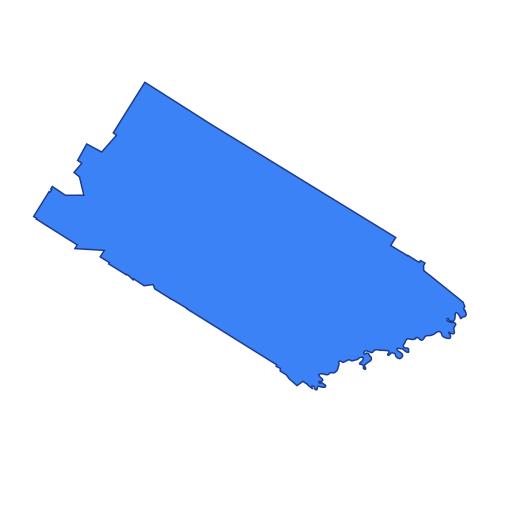 the district of Reynosa, Tamaulipas, Mexico, rotated 122°
{"feature_id": "50627088B72181114245692", "entity_name": "Reynosa", "entity_type": "district", "adm_level": 2, "iso_a3": "MEX", "parent_name": "Mexico", "parent_adm1": "Tamaulipas", "projection": "equal_earth", "projection_center": [-98.326, 25.837], "detail": "fine", "context": "isolated", "style": "filled", "palette": "blue", "viewbox_px": 512, "rotation_deg": 122, "n_neighbors": 0, "source": "geoboundaries", "source_scale": "gbopen_adm2", "svg_char_len": 5899}
<svg xmlns="http://www.w3.org/2000/svg" viewBox="0 0 512 512"><g transform="rotate(122 256 256)"><path d="M167.8,325.9L168.2,362.8L167.6,439.1L167.6,442.3L227.2,442.3L227.6,438.3L249.6,442.0L250.3,452.5L250.7,458.9L262.0,458.3L269.5,457.9L269.6,452.9L281.6,454.6L282.4,447.7L295.7,434.2L305.5,449.8L305.0,465.6L308.0,465.5L307.9,464.5L311.1,464.4L311.1,465.6L340.3,465.5L340.3,462.0L341.1,462.0L341.2,447.1L341.3,413.5L345.7,413.5L331.6,387.6L339.3,387.7L339.3,376.8L340.8,376.8L340.7,369.9L340.7,356.1L340.1,356.1L340.2,352.9L341.4,347.6L340.2,347.6L340.5,335.1L334.7,328.1L337.5,324.5L337.5,310.4L337.4,306.6L337.7,306.6L337.3,303.6L337.0,287.3L337.4,287.1L337.4,282.4L337.5,282.3L337.4,282.1L337.4,277.6L337.3,180.6L338.9,180.5L338.4,175.7L338.7,175.6L340.7,174.6L340.8,174.0L340.7,167.7L341.4,165.5L341.8,164.6L342.2,163.8L342.5,162.9L344.2,152.5L337.5,149.8L337.5,144.4L337.8,144.4L338.6,138.3L338.5,138.0L337.3,139.4L336.8,139.6L336.5,139.6L336.1,139.2L335.8,138.4L335.9,137.9L336.0,137.6L336.5,137.0L337.2,136.3L337.6,135.6L337.7,135.4L337.8,134.8L337.6,134.1L337.4,133.8L337.0,133.6L336.3,133.6L335.3,134.0L334.6,134.5L334.1,134.5L333.6,134.3L333.4,134.2L333.1,133.6L332.6,131.5L331.9,129.8L331.4,129.0L330.3,127.8L330.1,127.8L329.7,127.9L329.3,128.1L329.1,128.3L328.8,129.0L328.7,129.7L328.7,131.7L328.5,132.7L328.6,133.0L328.9,133.6L329.8,134.1L330.0,134.3L330.1,134.9L330.1,135.3L330.0,135.6L329.6,136.0L329.0,136.0L328.7,135.7L328.0,134.5L327.5,134.0L327.2,133.8L326.6,133.6L326.2,133.5L325.9,133.6L325.2,134.4L325.0,135.0L324.8,137.0L324.1,138.9L323.8,139.6L323.3,139.7L322.6,139.4L321.8,138.9L321.3,138.4L320.8,137.4L319.6,133.9L319.1,132.9L318.9,132.6L318.6,132.3L318.0,131.8L316.1,131.4L315.5,131.1L315.0,130.3L314.7,129.5L314.2,128.5L313.5,127.8L312.6,127.2L311.6,126.9L310.6,126.7L309.5,126.7L308.6,126.8L306.5,127.5L304.5,127.9L303.6,128.4L302.6,129.3L302.3,129.5L301.5,129.7L301.2,129.6L300.9,129.5L300.4,128.8L300.2,128.1L300.2,126.3L300.1,125.9L299.5,125.3L295.5,122.9L294.8,122.3L294.5,121.6L294.4,120.3L294.2,119.6L294.1,119.2L293.7,118.6L293.3,118.2L291.5,116.6L290.2,115.3L289.7,115.0L287.5,114.3L287.0,114.0L286.5,113.5L286.0,112.8L285.5,112.2L285.2,111.8L285.2,111.6L285.3,111.3L285.8,110.9L287.7,110.3L289.0,110.4L290.6,111.0L291.2,111.2L292.1,111.2L292.5,111.0L292.6,110.7L292.6,110.4L292.0,109.2L291.9,108.1L291.9,107.3L292.1,106.8L292.7,106.2L293.9,105.8L294.2,105.6L294.4,105.3L294.5,104.7L294.5,104.1L294.4,103.6L294.2,103.3L293.5,103.3L293.0,103.5L292.7,104.1L292.2,105.2L291.9,105.5L291.5,105.8L290.9,106.0L290.5,106.0L289.8,105.8L287.0,104.7L284.2,103.4L283.6,103.3L283.0,103.3L282.4,103.4L281.9,103.7L281.4,104.1L280.7,105.0L280.6,105.3L280.5,106.4L280.4,106.8L279.4,108.3L279.3,108.7L279.2,109.2L279.4,110.0L279.6,110.5L279.9,110.9L280.2,111.2L280.5,111.4L281.2,111.4L281.6,111.6L281.7,112.2L281.6,112.7L281.2,113.3L280.7,113.5L279.2,113.4L278.5,113.0L278.1,112.4L277.7,111.6L277.4,109.9L277.0,108.4L277.0,107.7L276.8,107.0L276.3,106.4L275.6,106.0L275.3,106.0L274.3,105.9L273.4,105.7L272.1,104.7L271.9,104.4L271.3,103.5L270.7,102.4L270.5,101.2L270.3,100.9L268.9,98.7L266.4,94.0L266.3,93.5L266.4,93.1L266.5,92.8L266.9,92.5L267.2,92.3L267.7,92.2L269.1,92.3L269.6,92.2L270.0,91.9L270.1,91.5L270.1,91.2L269.7,90.7L269.3,90.5L268.4,90.3L267.5,90.3L267.0,90.1L266.6,89.8L266.0,89.2L265.5,88.1L265.2,87.1L265.2,86.7L265.3,86.3L265.5,85.9L266.2,85.3L266.7,84.6L267.2,83.6L267.4,82.7L267.4,81.6L267.3,81.0L267.2,80.4L266.7,79.5L266.4,79.3L265.8,79.0L264.6,78.7L263.2,78.6L262.5,79.0L262.2,79.3L261.6,80.3L261.4,81.3L261.2,82.0L261.2,83.1L261.2,85.8L260.9,86.5L260.7,86.7L260.2,87.1L259.8,87.2L259.5,87.2L259.3,87.0L258.5,85.5L257.4,83.1L257.2,81.9L257.3,81.3L257.7,78.9L257.7,77.7L257.6,77.3L257.2,76.0L257.0,75.8L256.7,75.7L256.3,75.8L255.8,76.1L255.0,76.9L254.1,77.3L253.8,77.8L253.8,78.7L254.7,80.2L254.9,80.8L255.0,81.3L254.9,82.4L254.8,82.8L254.6,83.2L254.1,83.6L253.3,83.8L250.7,83.7L249.6,84.0L247.5,84.2L246.9,84.1L246.2,83.6L245.7,83.2L245.4,82.7L244.3,79.9L244.0,79.3L243.4,78.4L242.6,77.5L241.5,76.8L241.2,76.8L240.6,77.2L240.3,77.1L240.0,76.5L239.7,75.9L239.5,75.5L239.5,74.7L239.6,73.7L240.0,72.5L240.0,71.8L239.8,71.1L239.5,70.9L238.8,70.3L237.9,70.0L236.5,69.9L235.5,70.0L235.0,70.0L234.6,69.9L233.8,69.5L232.9,68.7L231.5,66.6L230.6,65.6L230.0,65.0L228.1,63.7L224.0,61.9L223.7,61.6L223.0,60.7L222.8,60.0L222.8,59.6L223.0,58.4L223.8,57.2L224.6,56.2L224.9,55.8L225.0,55.5L225.2,54.6L225.1,53.0L224.8,51.3L224.4,50.2L223.6,48.5L223.3,48.2L223.0,48.0L222.5,47.9L221.9,48.0L221.1,48.3L220.7,48.7L220.2,49.2L219.8,49.8L219.4,50.4L219.3,50.9L219.3,51.7L219.1,52.0L218.8,52.0L218.6,52.0L218.4,51.4L218.3,49.9L218.1,48.7L217.9,48.2L217.5,47.5L217.2,47.2L216.8,47.0L216.4,47.0L215.7,47.2L215.3,47.5L214.0,48.8L212.8,49.6L211.9,50.0L210.8,50.2L208.7,50.2L208.3,50.3L207.9,50.6L207.6,51.1L207.4,51.6L207.4,52.2L207.4,52.9L207.6,53.4L208.5,54.6L209.1,56.0L209.3,56.7L209.5,57.9L209.6,58.9L209.6,59.6L209.2,60.1L208.7,60.5L208.3,60.6L208.0,60.6L207.3,60.3L207.2,60.1L207.2,59.8L207.2,59.5L207.8,58.8L208.1,58.0L208.1,57.3L207.9,56.2L207.6,55.4L207.1,54.5L206.6,54.2L205.1,53.9L204.3,54.0L203.2,54.4L201.3,55.4L199.4,56.4L198.7,56.5L198.0,56.2L197.7,55.6L197.6,55.3L197.8,54.3L199.3,51.0L199.5,50.7L199.8,50.5L200.3,50.0L200.5,49.6L200.5,49.2L200.4,49.0L198.5,48.4L197.5,47.7L196.8,46.9L196.4,46.6L195.5,46.4L194.6,46.6L194.2,46.8L193.2,47.7L192.7,48.1L192.4,48.6L192.2,49.2L192.1,49.8L192.0,50.0L191.7,50.1L191.4,50.0L191.4,51.0L191.1,51.1L190.5,52.0L190.3,52.1L188.3,52.1L185.4,56.0L185.4,56.8L184.8,60.9L181.4,89.6L180.6,95.8L179.6,105.4L179.2,105.7L179.3,106.2L179.1,106.6L177.7,107.2L177.2,107.7L176.6,107.8L175.8,108.7L174.6,108.8L172.9,108.8L172.5,108.9L172.4,109.3L172.5,110.2L172.6,111.7L172.6,113.7L172.6,113.9L172.9,114.2L175.0,114.2L175.0,127.7L175.5,127.7L175.7,147.3L166.3,147.3L167.8,325.9Z" fill="#3b82f6" stroke="#1e3a8a" stroke-width="1.5"/></g></svg>